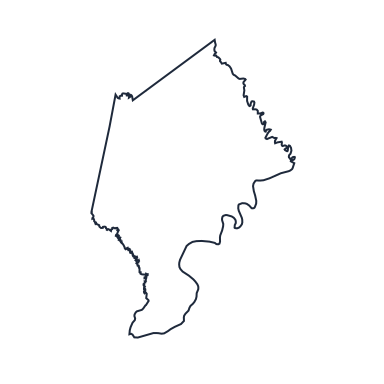 Bermejo, Chaco, Argentina, rotated 11°
{"feature_id": "61730980B13060120877983", "entity_name": "Bermejo", "entity_type": "district", "adm_level": 2, "iso_a3": "ARG", "parent_name": "Argentina", "parent_adm1": "Chaco", "projection": "natural_earth1", "projection_center": [-58.71, -26.994], "detail": "fine", "context": "isolated", "style": "outline", "palette": "slate", "viewbox_px": 384, "rotation_deg": 11, "n_neighbors": 0, "source": "geoboundaries", "source_scale": "gbopen_adm2", "svg_char_len": 6079}
<svg xmlns="http://www.w3.org/2000/svg" viewBox="0 0 384 384"><g transform="rotate(11 192 192)"><path d="M185.2,38.3L116.4,113.3L115.0,109.6L114.6,109.1L114.0,109.0L113.9,108.5L113.6,108.4L113.2,110.3L112.1,111.4L111.9,108.4L110.8,107.2L110.2,107.2L109.7,107.7L109.9,108.3L111.0,108.9L110.0,109.7L109.5,109.7L109.2,108.6L108.7,108.2L105.9,108.3L105.0,108.6L104.6,109.7L104.9,110.8L103.7,111.1L102.8,111.8L102.8,113.1L103.1,114.1L102.2,114.1L101.1,113.8L98.4,111.0L98.6,143.6L97.1,230.4L97.5,230.7L97.5,231.1L97.2,231.8L99.8,234.1L100.0,235.1L99.2,236.7L99.3,237.3L100.1,236.8L100.5,237.0L101.3,238.2L101.6,239.4L102.1,239.6L103.4,241.7L103.5,241.6L103.3,240.2L103.5,240.2L104.6,241.7L107.2,242.3L107.4,243.1L107.9,243.8L109.6,244.7L111.3,244.2L111.3,243.2L112.7,242.7L113.5,242.7L114.2,243.1L114.5,244.0L115.6,244.5L115.6,245.4L115.9,245.5L116.5,244.7L117.2,244.4L119.9,245.7L119.9,244.2L120.8,243.6L120.6,242.5L121.5,242.0L123.5,242.4L124.2,241.8L125.5,241.5L125.8,242.1L125.9,243.4L126.9,242.9L127.4,243.5L126.9,244.9L126.5,247.5L125.7,248.5L125.6,249.6L126.4,249.8L126.7,249.7L127.1,248.8L128.0,249.0L128.2,248.6L128.4,248.7L128.1,249.4L127.3,249.4L127.0,250.1L128.1,251.3L128.7,251.3L129.3,250.2L130.3,250.4L130.1,251.2L129.2,253.0L129.9,253.3L130.6,252.4L130.8,252.5L131.0,252.7L130.9,253.7L131.9,255.0L132.3,254.9L132.5,254.5L133.0,255.7L133.4,255.7L134.7,256.9L136.2,258.8L136.7,260.0L137.6,260.8L138.0,260.3L138.5,260.3L138.5,259.8L139.3,259.2L139.4,259.7L139.7,259.4L140.9,259.7L140.3,260.3L140.6,261.2L141.0,261.1L141.0,260.6L141.8,260.7L141.5,261.2L142.3,261.4L142.3,261.9L142.8,262.2L142.7,263.0L143.0,263.5L143.6,263.5L144.0,262.9L143.9,262.2L144.3,261.9L144.5,262.1L144.9,263.3L145.5,263.6L145.4,264.3L146.1,264.7L146.0,265.5L146.9,265.7L146.7,266.5L147.3,266.7L147.4,266.3L147.9,266.3L148.0,266.6L148.6,266.7L148.0,267.2L148.1,267.8L148.7,267.8L149.6,266.9L149.5,266.3L149.9,266.4L150.3,266.1L150.6,266.7L150.2,267.1L150.4,267.7L150.1,267.9L150.0,269.0L149.6,269.7L150.4,270.0L150.7,268.9L151.0,269.5L151.5,269.3L152.5,269.7L152.8,269.1L153.2,269.8L152.8,270.5L152.8,271.3L151.1,271.6L151.4,272.1L151.2,272.6L151.7,272.7L152.2,273.3L152.2,273.9L152.9,274.3L152.9,274.6L153.7,274.5L154.0,274.9L153.9,275.5L154.2,275.7L154.4,276.5L154.9,276.6L155.1,277.2L155.8,280.8L156.1,281.0L156.4,280.7L156.9,280.6L157.2,282.1L158.6,282.4L162.1,282.0L162.4,281.0L163.0,281.4L163.2,281.2L164.2,281.1L164.3,282.2L163.5,282.7L163.3,283.7L162.6,283.7L162.5,284.6L161.7,284.9L161.8,285.6L162.6,285.2L163.5,285.2L163.3,287.4L163.7,288.1L163.3,288.3L163.4,289.2L162.8,289.1L163.1,289.8L162.0,291.7L162.2,291.9L162.8,291.8L162.9,292.5L162.5,293.1L162.8,293.4L163.2,293.2L163.4,293.6L163.8,293.9L163.3,294.7L163.5,295.0L163.2,295.5L163.3,296.0L163.9,295.6L164.7,296.3L164.8,296.9L164.1,297.8L163.8,298.8L164.2,300.0L164.5,300.2L164.5,298.7L165.0,298.2L165.2,299.6L165.7,299.9L166.2,299.8L167.0,300.6L167.3,304.9L169.8,306.4L170.2,307.2L168.4,311.8L167.9,312.2L166.4,315.6L165.6,316.8L165.2,317.3L160.6,319.7L159.7,321.0L159.0,323.2L159.1,324.7L160.3,326.9L160.3,328.7L158.6,331.6L157.5,336.5L157.3,339.5L157.7,343.6L159.2,342.8L160.8,343.3L163.1,345.7L166.6,345.2L181.1,337.8L185.6,337.0L189.2,336.9L191.6,336.1L194.9,333.2L197.2,330.7L200.9,327.6L206.4,323.7L208.7,320.1L207.9,316.6L207.9,314.9L208.8,312.7L211.2,309.1L211.6,306.1L212.3,304.0L214.1,301.7L215.3,299.5L216.3,296.3L216.4,293.8L215.9,290.4L216.7,286.3L216.5,284.8L216.1,283.4L214.9,281.6L212.3,279.2L210.0,277.5L204.9,274.7L198.0,271.9L195.4,269.9L194.0,268.1L193.2,265.5L193.0,263.6L193.2,260.8L197.0,246.0L198.9,243.6L202.0,240.9L205.7,239.4L210.9,238.2L218.6,237.4L224.1,237.6L225.9,238.5L227.8,238.3L228.8,237.5L229.0,235.4L228.1,231.2L228.0,229.2L228.9,224.1L229.1,219.8L228.8,217.4L227.0,214.1L226.6,212.8L226.6,210.7L227.3,209.4L229.4,208.2L230.8,208.0L235.6,208.4L237.9,209.3L239.8,210.9L240.5,212.2L240.9,214.1L240.3,216.3L240.6,218.9L241.1,219.2L243.1,219.1L244.8,218.1L246.0,216.6L247.1,214.2L247.2,212.3L246.6,209.6L245.8,207.8L241.5,201.5L240.5,199.2L240.1,196.2L240.4,195.3L243.4,193.4L246.2,193.0L248.1,193.2L250.8,194.4L253.3,196.3L254.0,196.6L255.7,196.1L256.3,195.5L256.6,194.6L257.2,191.2L256.8,188.5L254.7,183.5L252.5,179.3L250.8,174.6L250.8,172.0L252.0,169.1L252.8,168.4L256.6,167.8L260.0,166.8L265.4,163.8L275.7,156.6L283.0,153.1L284.4,152.1L285.9,150.4L286.2,149.5L286.9,144.2L283.1,143.0L283.1,142.3L283.8,141.8L285.1,141.3L286.1,140.4L286.4,138.6L286.1,138.0L285.0,138.2L284.2,138.6L283.8,139.1L283.3,140.5L282.7,141.0L282.0,140.8L281.4,140.0L280.6,139.6L280.3,138.7L280.3,137.4L281.4,135.6L281.7,132.4L280.8,129.8L279.3,128.0L278.3,127.8L277.9,128.8L277.9,131.3L278.1,132.6L277.9,133.7L277.2,133.8L275.3,133.1L274.8,132.5L275.7,131.3L276.5,130.8L276.8,130.1L276.5,129.3L275.5,128.7L274.3,128.5L272.2,129.6L271.6,129.4L271.0,128.5L270.8,126.2L270.4,125.5L266.4,127.0L264.3,128.3L263.9,127.4L263.7,125.8L264.7,123.0L264.0,122.9L262.5,123.3L260.2,122.6L255.5,125.7L254.1,125.4L253.7,124.8L255.1,120.1L256.0,118.2L257.0,117.0L257.4,115.8L256.3,115.7L255.4,115.8L253.4,116.7L253.0,117.2L252.8,118.7L252.3,118.7L251.5,118.1L251.0,117.0L250.8,115.5L251.0,109.6L250.1,108.7L249.5,109.3L249.3,109.8L249.6,110.7L249.3,111.7L248.6,112.0L247.6,111.5L244.4,105.2L244.7,103.8L247.0,102.0L247.2,101.3L246.9,100.6L246.2,100.5L244.0,101.9L241.6,102.4L241.1,99.8L239.8,98.8L238.8,98.7L236.0,99.2L235.7,98.4L236.3,94.4L236.2,92.3L235.6,91.4L233.8,91.4L233.2,91.8L232.7,94.1L233.0,95.9L232.6,96.4L232.0,96.7L230.6,95.5L228.7,92.1L227.9,87.8L226.9,87.5L225.1,88.7L224.2,87.2L224.0,82.3L223.0,79.5L223.1,78.7L223.8,77.8L223.3,76.9L222.3,76.3L221.8,75.7L221.6,75.1L221.6,74.3L223.2,71.4L222.6,70.9L220.7,70.8L217.3,71.9L216.1,71.7L212.1,69.4L210.5,69.0L209.4,68.1L206.8,63.4L204.9,61.5L202.9,60.5L201.6,60.5L200.8,59.8L200.4,58.8L196.8,60.3L195.5,58.9L194.6,58.3L194.4,57.6L194.6,56.8L194.2,56.2L192.2,54.8L190.7,54.7L189.8,53.5L188.4,53.8L187.5,53.7L187.9,52.2L188.8,51.0L189.0,50.5L187.4,49.5L186.8,48.2L186.6,46.4L187.3,43.8L187.1,42.7L186.1,40.8L185.2,38.3Z" fill="none" stroke="#1e293b" stroke-width="2"/></g></svg>